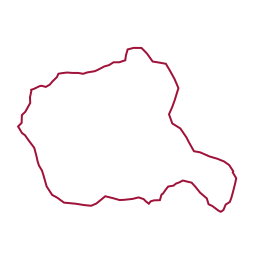 the district of Marathounta, Paphos, Cyprus, rotated 272°
{"feature_id": "46923920B14546708520398", "entity_name": "Marathounta", "entity_type": "district", "adm_level": 2, "iso_a3": "CYP", "parent_name": "Cyprus", "parent_adm1": "Paphos", "projection": "orthographic", "projection_center": [32.495, 34.776], "detail": "fine", "context": "isolated", "style": "outline", "palette": "rose", "viewbox_px": 256, "rotation_deg": 272, "n_neighbors": 0, "source": "geoboundaries", "source_scale": "gbopen_adm2", "svg_char_len": 1392}
<svg xmlns="http://www.w3.org/2000/svg" viewBox="0 0 256 256"><g transform="rotate(272 128 128)"><path d="M88.4,234.7L94.4,230.5L97.9,225.2L100.4,218.3L102.4,210.5L106.2,200.9L107.1,194.7L116.5,189.0L120.7,186.7L129.4,180.3L134.1,172.1L143.1,168.5L150.9,171.6L157.1,173.6L169.6,177.0L178.6,172.8L187.1,167.7L193.5,163.6L194.4,157.4L195.3,150.3L202.9,144.5L206.3,141.0L208.5,138.6L208.3,132.6L208.3,131.0L206.5,124.9L200.5,123.4L195.6,122.9L193.4,117.0L193.2,111.3L190.2,106.9L188.7,102.2L185.4,96.4L183.6,92.8L182.1,85.3L180.6,81.3L181.3,76.2L181.1,70.9L181.3,65.1L180.6,60.6L179.8,56.6L176.3,55.1L171.8,50.8L168.5,48.2L166.2,44.4L167.2,40.2L166.7,38.1L163.9,32.8L162.8,29.9L161.6,30.1L155.3,29.0L149.6,29.4L140.6,24.8L137.2,21.5L129.4,21.5L125.7,18.1L119.3,22.2L117.2,25.3L111.8,29.4L104.9,35.0L97.4,37.3L91.6,38.8L87.4,40.3L82.5,43.5L77.1,45.4L66.8,48.7L58.5,54.5L55.9,59.7L51.2,66.6L50.5,78.3L49.4,87.2L49.0,93.9L51.4,99.0L59.0,107.7L57.2,116.1L55.7,122.1L56.1,126.7L57.3,135.0L59.0,141.0L57.5,146.1L55.2,148.5L53.1,151.5L55.5,153.2L56.6,156.5L57.0,162.4L62.6,163.8L63.6,165.2L68.1,168.1L70.9,170.2L72.0,175.5L74.2,178.0L75.4,181.1L77.4,184.6L75.6,193.5L71.3,197.7L65.9,202.3L60.4,209.2L54.6,211.2L53.1,214.8L48.5,221.4L47.5,223.6L49.3,226.2L54.9,228.3L57.6,232.3L61.7,233.7L68.4,235.3L76.8,237.1L81.6,237.9L87.3,234.2L88.4,234.7Z" fill="none" stroke="#9f1239" stroke-width="2"/></g></svg>